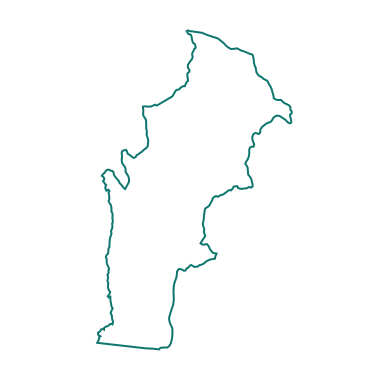 Jauru, Mato Grosso, Brazil (Natural Earth projection), rotated 186°
{"feature_id": "56859067B96920061612765", "entity_name": "Jauru", "entity_type": "district", "adm_level": 2, "iso_a3": "BRA", "parent_name": "Brazil", "parent_adm1": "Mato Grosso", "projection": "natural_earth1", "projection_center": [-58.867, -15.302], "detail": "fine", "context": "isolated", "style": "outline", "palette": "teal", "viewbox_px": 384, "rotation_deg": 186, "n_neighbors": 0, "source": "geoboundaries", "source_scale": "gbopen_adm2", "svg_char_len": 5253}
<svg xmlns="http://www.w3.org/2000/svg" viewBox="0 0 384 384"><g transform="rotate(186 192 192)"><path d="M270.5,32.1L221.6,31.7L214.9,32.1L208.4,32.0L207.1,33.7L204.9,34.2L202.0,34.6L200.4,34.7L198.5,36.4L197.4,38.8L196.8,42.2L196.5,45.4L196.7,49.3L197.0,52.2L197.4,54.6L199.2,57.5L200.3,59.6L201.1,61.6L201.5,63.2L201.5,65.5L201.1,67.8L200.7,70.1L199.8,74.2L199.0,77.6L198.8,81.4L199.0,84.0L199.4,87.4L199.9,90.2L200.1,92.7L200.3,95.7L200.0,99.6L199.2,102.7L198.5,106.0L198.5,107.8L198.5,109.5L198.5,111.4L197.1,114.0L195.0,114.1L193.3,113.6L191.8,112.8L190.2,113.3L189.6,115.1L187.8,116.5L186.6,118.3L185.3,119.4L183.4,118.5L181.5,117.7L180.1,118.2L178.5,118.4L177.0,120.0L175.6,120.4L174.2,121.2L172.9,122.0L171.4,123.5L170.4,124.7L168.7,125.7L166.2,127.0L163.8,127.6L162.2,128.1L162.2,129.8L161.1,133.4L162.5,133.5L164.2,133.4L166.2,134.9L168.2,137.1L169.8,139.9L171.8,141.8L173.4,141.3L175.4,140.7L177.1,141.2L178.2,141.9L174.2,149.7L175.1,151.3L176.0,153.8L175.9,156.4L177.4,159.6L177.9,161.3L177.8,163.0L177.5,165.2L177.6,169.0L177.5,172.0L177.4,175.1L177.2,176.8L175.7,178.2L174.1,179.4L173.2,180.7L172.0,183.7L171.0,186.0L170.8,187.7L169.4,189.4L167.7,190.5L165.7,189.9L163.5,191.8L161.4,192.4L159.5,193.9L157.8,195.5L156.5,196.8L155.2,197.8L153.3,197.7L151.9,199.8L151.0,201.8L149.2,202.2L147.5,202.5L146.5,200.7L144.4,200.3L142.6,200.3L140.9,200.8L139.5,201.1L137.9,201.5L135.7,203.0L133.8,202.5L132.3,203.9L132.6,206.0L133.3,208.0L134.1,210.4L135.6,212.9L137.9,215.1L138.3,217.0L139.2,222.0L140.1,223.6L141.9,225.5L141.6,227.1L140.6,229.2L139.9,230.6L139.3,233.0L139.0,236.0L139.3,238.2L139.5,239.7L139.1,242.0L137.6,243.2L135.4,243.6L135.1,246.0L136.2,247.8L136.9,249.2L137.5,251.1L137.8,253.2L137.3,255.0L136.6,256.5L135.1,257.3L133.4,257.1L131.5,256.7L130.4,258.3L130.5,260.6L130.0,262.5L128.8,264.3L127.3,265.9L125.8,267.2L124.7,268.2L123.0,269.1L121.5,269.6L120.2,271.2L119.4,272.9L118.7,274.4L117.6,275.6L116.4,276.5L114.7,276.9L113.0,276.8L111.8,276.3L109.8,275.2L107.9,274.2L106.4,273.5L105.2,272.3L103.7,271.1L102.1,270.6L100.8,271.0L100.6,272.5L101.4,275.1L102.4,277.5L102.4,279.5L101.1,280.6L101.3,282.6L102.6,283.9L103.1,286.8L104.3,288.2L106.9,289.2L109.9,290.3L113.2,292.9L116.2,292.4L118.9,292.9L120.5,293.8L121.0,296.3L121.8,298.1L123.6,302.8L124.9,305.0L126.7,307.3L128.8,310.5L132.5,311.9L134.8,313.5L137.9,314.8L140.3,317.5L141.7,322.4L142.6,323.6L143.9,327.0L144.5,330.2L145.5,333.7L146.4,335.0L149.0,335.4L150.9,336.1L156.0,337.5L157.4,337.7L162.4,339.6L164.8,338.8L166.3,338.6L168.1,338.3L169.6,338.8L173.0,340.7L176.3,343.6L178.8,345.2L181.6,347.0L183.7,347.8L187.0,348.4L190.9,349.2L192.3,349.5L194.7,350.2L196.8,350.8L198.6,351.4L200.2,351.4L202.0,351.5L207.3,351.7L209.3,351.8L210.6,351.7L212.6,352.3L214.1,351.5L213.2,350.1L212.3,348.9L211.0,348.6L209.6,348.2L208.8,346.9L208.3,345.1L208.0,343.6L207.3,342.0L206.5,340.4L204.6,339.4L203.9,337.7L203.4,335.8L204.8,334.3L205.3,332.4L206.0,330.7L206.3,329.2L205.5,326.4L205.9,324.2L206.9,322.7L208.6,319.6L209.3,317.9L209.3,316.3L208.9,314.9L207.2,312.9L207.3,311.3L208.9,309.5L208.8,306.7L208.2,304.9L207.6,302.1L208.9,300.6L209.6,298.6L210.1,296.5L212.2,296.2L214.2,294.6L215.5,292.7L218.1,291.9L219.3,290.2L220.3,287.5L221.6,285.0L236.0,274.3L237.8,275.0L239.2,274.2L240.6,273.4L242.0,272.6L245.4,272.3L247.8,272.3L249.8,271.8L249.1,269.0L248.8,266.3L248.8,264.3L248.1,262.5L245.5,259.2L245.0,257.2L244.7,255.2L244.4,252.6L244.3,250.6L243.6,248.8L243.1,247.0L243.2,245.4L243.0,243.8L242.0,241.5L241.2,239.7L240.8,237.3L240.9,235.2L240.8,233.2L241.6,231.5L243.5,229.7L244.9,228.3L245.8,227.0L247.8,225.4L249.3,223.9L250.9,222.9L251.6,221.0L253.4,219.8L255.3,220.6L257.6,222.2L260.0,223.4L260.9,225.6L262.1,227.1L263.4,226.4L264.8,226.1L265.8,224.9L266.0,223.3L265.3,220.3L265.3,217.6L265.2,215.9L264.4,213.3L263.0,211.7L261.7,210.4L260.9,209.0L260.4,207.5L260.1,204.9L258.7,203.2L257.4,201.6L256.5,200.1L256.0,197.8L255.8,195.2L258.8,188.0L260.5,189.0L262.8,191.6L264.8,193.2L266.0,195.3L268.2,197.4L270.2,199.2L271.5,201.1L272.2,203.6L273.4,204.6L275.3,204.7L276.8,205.5L278.3,205.3L279.7,204.4L280.8,202.1L282.2,200.7L283.4,198.7L281.5,197.5L280.5,195.7L281.6,193.5L280.5,192.5L279.4,191.0L278.0,189.9L278.8,188.2L278.3,185.9L277.2,184.3L275.6,185.6L274.2,184.3L274.9,182.6L274.3,180.6L273.7,178.0L273.5,175.9L274.0,174.4L273.1,172.6L271.5,170.8L270.7,168.7L270.2,166.3L270.2,164.4L269.3,163.3L268.6,161.3L268.4,157.6L267.9,155.7L267.6,153.7L268.2,152.1L267.6,150.0L267.6,147.5L268.1,146.0L268.4,144.2L267.7,142.4L268.1,140.4L268.6,138.1L268.8,135.7L268.7,134.1L268.6,131.8L268.4,128.9L269.2,126.7L268.9,124.5L269.1,121.9L270.5,120.2L270.9,118.2L269.9,116.6L269.5,113.0L268.7,110.9L267.4,108.9L266.4,106.9L266.9,105.2L266.5,102.9L267.4,100.8L266.6,98.6L266.6,96.9L266.9,94.8L265.9,93.2L265.7,90.8L265.6,88.0L264.4,85.7L262.9,84.0L263.6,81.3L264.9,79.5L263.7,78.4L262.2,79.2L262.0,76.9L261.6,74.8L260.9,72.7L260.0,69.5L258.7,67.9L259.6,65.7L260.3,62.8L259.1,61.5L258.6,59.8L258.4,58.1L257.6,56.2L256.9,54.0L257.3,52.0L258.7,52.5L260.1,51.6L261.7,49.8L263.8,49.0L265.2,47.6L265.1,45.9L266.4,46.4L268.0,45.9L268.9,43.7L270.7,42.3L270.5,40.4L269.3,39.6L268.0,39.0L269.2,38.0L269.0,36.4L269.5,34.6L270.5,32.1Z" fill="none" stroke="#0f766e" stroke-width="2"/></g></svg>